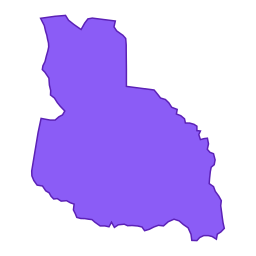 the district of Meleiro, Santa Catarina, Brazil
{"feature_id": "56859067B77617457657504", "entity_name": "Meleiro", "entity_type": "district", "adm_level": 2, "iso_a3": "BRA", "parent_name": "Brazil", "parent_adm1": "Santa Catarina", "projection": "robinson", "projection_center": [-49.595, -28.833], "detail": "fine", "context": "isolated", "style": "filled", "palette": "violet", "viewbox_px": 256, "rotation_deg": 0, "n_neighbors": 0, "source": "geoboundaries", "source_scale": "gbopen_adm2", "svg_char_len": 1712}
<svg xmlns="http://www.w3.org/2000/svg" viewBox="0 0 256 256"><path d="M220.7,205.7L221.3,200.7L218.7,196.0L215.3,191.4L213.5,186.6L209.2,183.6L209.6,178.3L210.3,171.7L211.2,167.2L214.2,164.7L215.1,159.9L213.5,153.7L209.9,152.3L207.3,149.3L208.5,143.9L207.4,138.2L204.1,138.6L200.4,139.6L198.8,134.6L200.4,131.0L196.9,130.6L196.9,126.2L194.0,124.3L189.8,123.1L185.4,123.0L184.5,118.8L180.8,115.7L176.4,114.0L177.2,109.4L171.7,107.3L168.8,102.8L165.4,99.5L160.5,98.0L157.9,94.6L154.1,90.0L126.4,86.4L126.4,69.0L126.2,50.0L126.2,45.0L125.7,38.5L122.9,35.3L119.6,33.0L116.7,30.9L114.0,26.9L115.3,21.0L92.3,18.1L87.9,18.9L84.7,23.1L81.1,29.5L77.9,27.3L73.9,24.5L68.5,20.2L65.5,15.4L54.9,16.3L40.6,18.3L44.3,25.6L45.6,31.3L46.8,35.1L47.5,38.9L48.5,43.1L48.7,46.9L47.8,51.1L46.4,55.9L45.0,61.6L42.9,65.8L42.3,69.6L44.9,72.2L48.9,78.1L49.4,85.1L50.7,90.6L50.5,95.0L54.4,98.0L57.3,102.6L60.2,106.2L64.8,111.0L62.5,114.9L58.9,116.8L55.1,120.1L50.3,120.1L45.3,119.2L41.1,118.4L38.1,132.5L31.7,171.0L31.9,175.9L33.8,180.5L37.1,185.1L42.5,186.0L45.7,190.8L49.2,192.9L51.0,196.2L53.7,199.0L57.3,198.6L61.1,201.1L66.6,200.7L70.4,202.8L74.1,204.1L73.4,209.9L75.2,213.5L76.8,217.4L80.8,218.5L84.9,218.6L88.6,219.2L92.0,219.6L94.9,222.2L100.1,225.9L104.8,225.9L109.0,226.8L111.5,222.2L114.4,227.4L118.3,224.8L124.3,224.2L127.6,225.7L132.1,225.5L137.8,226.0L142.0,227.0L144.6,230.7L149.3,229.3L153.8,227.0L158.4,225.3L163.5,225.9L168.3,221.7L174.0,219.2L179.2,220.9L183.3,224.5L188.1,227.8L191.0,234.3L191.8,240.4L196.9,240.6L199.7,237.5L203.7,235.6L208.4,235.6L212.1,236.5L216.4,239.2L217.3,234.2L220.8,232.0L224.3,228.4L223.0,222.5L222.2,216.9L221.6,212.2L220.7,205.7Z" fill="#8b5cf6" stroke="#5b21b6" stroke-width="1.5"/></svg>